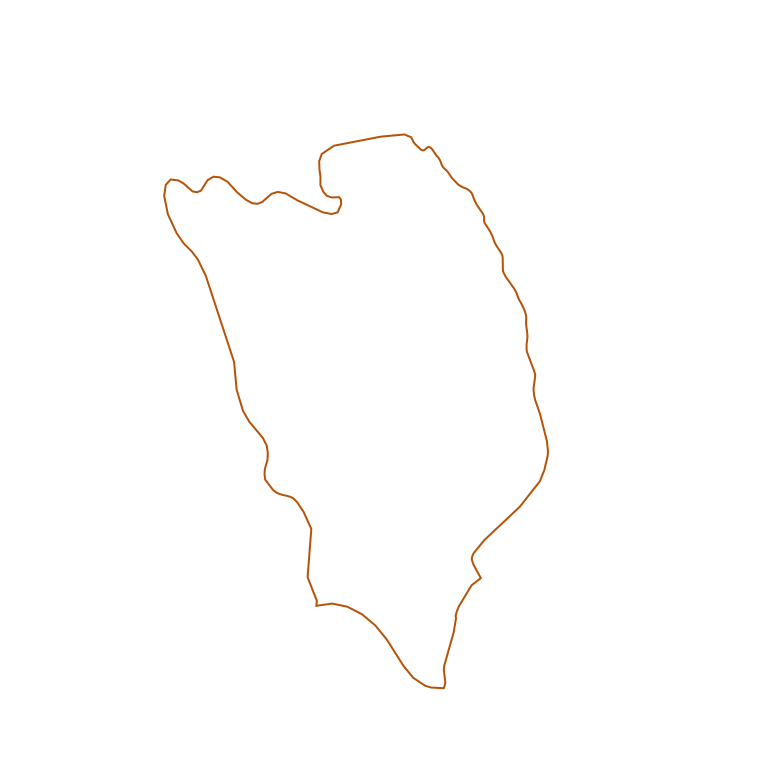 map outline of Amnat Charoen (Equal Earth projection), rotated 147°
{"feature_id": "THA-427", "entity_name": "Amnat Charoen", "entity_type": "Province", "adm_level": 1, "iso_a3": "THA", "parent_name": "Thailand", "parent_adm1": "", "projection": "equal_earth", "projection_center": [104.701, 15.883], "detail": "fine", "context": "isolated", "style": "outline", "palette": "amber", "viewbox_px": 768, "rotation_deg": 147, "n_neighbors": 0, "source": "natural_earth", "source_scale": "10m", "svg_char_len": 2215}
<svg xmlns="http://www.w3.org/2000/svg" viewBox="0 0 768 768"><g transform="rotate(147 384 384)"><path d="M499.5,96.3L509.6,103.6L513.8,108.4L519.5,121.7L521.2,136.8L520.8,167.9L522.8,186.3L527.9,202.9L536.0,217.1L547.1,228.1L561.5,234.8L558.4,238.7L553.3,263.6L523.9,302.0L521.1,320.5L521.2,332.0L522.2,337.2L524.1,340.5L526.6,343.4L528.8,345.5L531.6,348.7L533.3,351.4L534.8,355.7L535.7,368.5L533.3,373.5L530.2,377.6L523.2,383.7L519.2,389.1L515.9,396.1L515.0,404.6L517.5,425.8L516.9,438.2L510.7,459.5L497.7,484.2L474.5,571.9L472.3,589.7L473.0,599.7L475.4,610.8L475.7,623.8L472.8,644.1L465.9,661.5L458.5,669.9L451.5,671.7L445.7,666.8L442.9,661.5L439.7,649.8L436.4,646.7L432.3,645.8L421.0,651.0L414.1,650.7L409.2,646.8L405.1,638.9L402.8,624.9L399.5,613.9L396.2,607.5L391.7,603.9L386.8,603.0L374.8,604.8L368.4,602.9L362.7,597.4L356.6,585.2L341.9,561.4L335.4,555.1L329.4,553.2L322.0,558.1L319.7,562.0L319.9,565.1L326.2,568.9L329.4,572.9L330.2,577.9L329.1,585.2L324.4,592.5L321.2,599.2L317.0,606.2L310.9,610.8L296.2,611.1L252.0,593.2L230.9,582.1L226.8,576.1L227.4,571.5L227.4,569.3L226.9,566.8L226.2,564.2L225.4,560.3L224.2,558.7L222.4,558.2L220.5,558.6L217.5,558.7L216.4,557.2L215.8,554.9L215.6,547.1L215.2,544.9L215.1,542.5L215.3,540.2L216.3,536.0L216.4,533.8L216.1,531.8L215.5,529.8L215.0,527.7L214.9,519.9L213.1,510.5L211.2,506.8L208.2,502.4L207.0,499.5L206.5,496.8L206.8,494.3L207.8,490.1L208.3,487.2L208.6,483.5L208.3,472.9L208.9,470.1L209.8,468.4L211.0,466.8L211.9,464.6L211.9,454.2L212.5,449.3L214.1,442.6L214.4,439.3L214.3,430.0L214.8,427.2L215.6,425.4L222.7,414.1L223.2,411.3L223.5,407.1L222.9,392.9L223.2,389.2L223.6,387.0L224.2,384.6L224.7,382.0L225.3,373.7L226.3,368.1L227.2,365.1L228.2,362.8L232.2,356.9L236.2,348.6L238.2,345.1L242.8,339.6L244.7,336.8L246.0,334.5L246.6,333.1L251.1,312.7L252.1,309.5L253.2,307.9L261.3,298.5L264.2,292.9L265.9,288.3L269.7,273.2L278.6,247.1L283.2,238.2L285.5,235.0L296.5,224.4L306.3,217.5L337.0,207.1L385.0,198.4L400.9,193.3L403.1,192.0L405.7,189.5L406.6,186.9L407.4,183.1L408.5,168.5L420.2,167.5L442.2,156.8L447.1,153.4L450.3,150.4L451.2,148.3L460.8,137.8L486.7,115.1L488.9,112.5L489.6,111.5L495.4,99.8L499.5,96.3Z" fill="none" stroke="#b45309" stroke-width="2"/></g></svg>